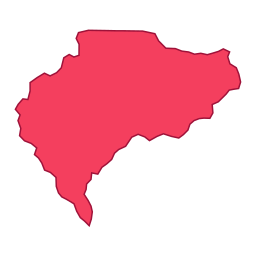 outline of Vinhedo, São Paulo, Brazil
{"feature_id": "56859067B14267912017366", "entity_name": "Vinhedo", "entity_type": "district", "adm_level": 2, "iso_a3": "BRA", "parent_name": "Brazil", "parent_adm1": "São Paulo", "projection": "albers", "projection_center": [-46.977, -23.061], "detail": "fine", "context": "isolated", "style": "filled", "palette": "rose", "viewbox_px": 256, "rotation_deg": 0, "n_neighbors": 0, "source": "geoboundaries", "source_scale": "gbopen_adm2", "svg_char_len": 1261}
<svg xmlns="http://www.w3.org/2000/svg" viewBox="0 0 256 256"><path d="M229.6,51.9L223.3,48.9L218.5,51.4L212.9,53.1L207.3,54.7L200.8,53.3L194.5,54.2L188.7,52.0L181.8,51.1L175.4,48.6L165.8,48.2L158.6,40.9L154.9,33.7L142.6,31.1L122.6,30.8L116.3,30.8L106.6,30.6L88.4,30.3L78.5,32.6L76.2,38.4L79.1,44.3L79.0,55.3L73.9,57.0L69.2,54.5L63.8,57.8L61.3,67.8L56.6,72.7L50.1,75.9L44.4,73.2L37.3,77.5L30.1,82.6L30.1,91.0L27.9,99.5L22.9,98.9L18.2,104.3L15.4,109.3L20.1,114.9L18.0,120.6L20.8,128.4L19.6,135.7L24.5,140.8L31.2,143.4L36.7,147.9L34.5,154.6L38.5,158.0L41.8,163.0L44.6,170.1L50.4,172.4L56.0,177.4L56.3,186.5L58.5,192.9L61.8,196.9L66.7,199.4L74.0,203.8L76.7,211.2L80.3,217.6L84.5,221.0L89.2,225.7L91.3,219.1L92.3,211.8L91.0,206.1L88.1,200.5L84.1,194.3L86.1,189.4L86.6,184.0L91.0,179.4L91.7,172.9L97.8,174.1L101.9,167.3L106.9,163.7L111.7,159.4L114.5,153.2L118.7,149.5L125.6,146.3L131.7,137.2L138.1,134.3L144.8,136.9L149.5,140.6L157.0,136.4L163.4,133.8L171.5,136.4L178.8,138.0L183.4,134.6L187.9,130.1L189.9,124.2L194.0,120.6L199.2,118.6L203.9,118.1L209.9,118.3L212.9,112.9L212.2,104.5L218.3,101.8L226.1,94.1L229.2,90.1L233.9,89.2L238.6,88.5L240.6,82.0L238.8,74.1L236.3,67.8L229.9,63.8L227.7,56.7L229.6,51.9Z" fill="#f43f5e" stroke="#9f1239" stroke-width="1.5"/></svg>